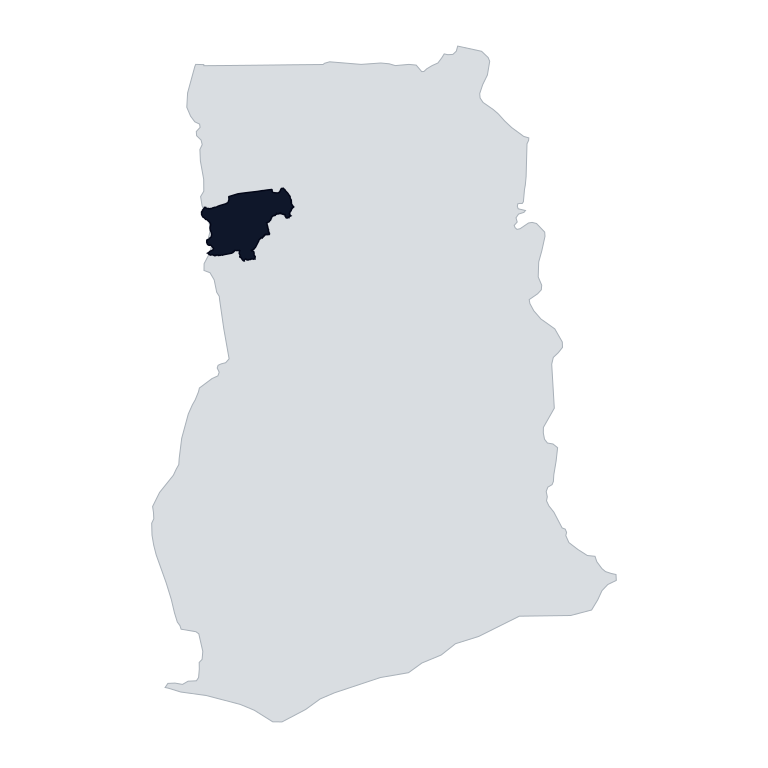 Sawla-tuna-kalba, Northern, Ghana shown in context
{"feature_id": "2480657B66384530229883", "entity_name": "Sawla-tuna-kalba", "entity_type": "district", "adm_level": 2, "iso_a3": "GHA", "parent_name": "Ghana", "parent_adm1": "Northern", "projection": "orthographic", "projection_center": [-2.328, 9.481], "detail": "fine", "context": "in_parent", "style": "filled", "palette": "ink", "viewbox_px": 768, "rotation_deg": 0, "n_neighbors": 0, "source": "geoboundaries", "source_scale": "gbopen_adm2", "svg_char_len": 8270}
<svg xmlns="http://www.w3.org/2000/svg" viewBox="0 0 768 768"><path d="M481.6,51.3L488.2,57.6L489.7,61.3L487.4,75.0L482.7,84.6L479.7,93.6L480.1,98.0L483.1,102.5L493.2,109.5L498.4,114.0L504.6,120.9L511.7,127.6L523.7,136.4L528.8,137.9L528.6,140.4L527.0,143.8L526.1,176.7L525.3,185.1L524.5,189.4L523.4,201.7L522.2,203.5L519.9,203.4L517.8,203.8L517.3,206.3L518.2,208.8L525.5,210.5L523.9,212.4L518.5,214.1L516.0,217.8L517.2,222.0L514.2,225.4L515.1,227.7L517.0,229.4L520.1,228.7L528.5,223.0L532.1,222.4L536.5,223.5L544.7,232.1L545.0,236.3L541.8,250.8L538.7,262.0L538.2,276.9L541.7,285.2L541.3,289.8L537.6,293.8L529.2,299.6L529.9,303.6L533.8,310.8L540.9,319.0L554.8,328.9L562.3,342.0L562.5,347.4L558.2,352.8L553.3,357.4L551.7,364.2L554.3,408.2L543.4,427.4L543.3,432.9L544.5,439.2L547.4,443.0L553.0,444.0L557.6,447.7L556.1,461.1L553.8,474.8L553.4,481.4L552.1,484.6L547.8,487.2L546.2,491.5L547.3,496.8L546.5,500.8L548.9,505.9L553.9,512.2L562.1,527.9L565.2,529.1L566.6,532.4L565.8,535.6L568.9,542.6L577.9,549.5L587.3,555.5L595.0,556.3L596.8,561.7L601.9,568.6L605.5,571.6L611.3,573.5L616.0,574.5L616.3,580.4L607.8,584.5L602.0,590.6L597.7,599.9L591.6,610.0L570.6,615.5L562.5,615.6L519.3,616.2L478.8,636.4L455.5,643.7L441.2,655.0L421.9,663.0L408.5,672.7L380.5,677.5L334.5,692.8L320.2,698.9L305.6,709.5L282.0,721.9L272.7,721.8L254.2,710.2L240.2,704.4L206.2,695.5L180.7,692.0L168.4,688.2L165.1,687.5L167.9,683.4L175.0,683.1L182.5,684.4L188.1,681.2L196.4,680.8L198.6,677.5L199.3,669.1L199.2,662.4L202.1,659.4L202.8,651.4L198.8,633.8L195.9,631.7L181.1,629.2L180.0,625.7L177.3,622.0L174.5,612.9L171.3,599.4L166.1,582.6L156.2,554.9L153.7,545.1L152.0,535.1L151.7,523.2L153.8,518.8L153.5,512.6L152.6,506.5L159.6,492.4L173.4,475.2L176.3,469.0L178.8,464.6L179.2,458.4L181.7,438.3L188.3,414.0L192.4,404.8L195.2,399.9L198.5,391.8L199.4,388.0L212.1,378.5L217.9,375.9L219.2,372.2L217.2,368.0L218.1,365.3L221.1,363.9L225.7,362.7L229.1,358.8L223.8,328.8L219.5,298.9L219.3,296.4L216.7,292.2L214.2,279.9L210.0,272.7L204.0,270.5L204.1,263.7L210.1,252.2L211.6,245.5L208.8,243.5L208.4,238.2L210.4,229.8L209.4,224.5L208.3,219.0L202.1,205.9L200.6,196.6L203.8,191.2L203.7,179.3L200.4,161.0L199.9,149.5L202.2,144.6L201.1,140.1L196.6,135.7L196.3,131.5L200.1,127.4L199.6,124.1L194.8,121.8L190.6,116.2L186.8,107.3L187.6,92.9L194.8,66.6L195.7,64.4L203.8,64.6L203.8,65.7L228.9,65.5L257.6,65.2L292.0,64.8L323.1,64.5L324.5,63.3L329.6,61.8L361.1,64.4L380.8,63.0L389.2,63.8L395.3,65.6L408.9,64.4L416.2,65.1L421.7,71.6L423.9,71.5L426.9,68.7L432.3,65.5L437.9,63.0L441.8,57.8L444.2,53.9L447.8,54.7L452.9,54.4L456.3,51.2L457.7,46.1L481.6,51.3Z" fill="#d9dde1" stroke="#a8b0b8" stroke-width="1"/><path d="M238.0,193.8L228.9,196.6L228.8,197.0L229.0,199.3L228.9,199.7L228.2,202.1L227.6,202.9L226.5,203.3L225.8,203.8L219.4,205.7L217.4,206.5L216.5,207.1L215.8,207.2L215.5,207.4L214.9,207.3L214.4,207.5L214.2,207.4L213.1,207.9L212.6,207.9L211.9,208.4L211.3,208.5L211.0,208.7L210.8,208.7L210.5,208.5L210.1,208.6L209.9,208.7L209.3,208.7L209.2,208.8L208.8,208.8L208.7,208.6L208.3,208.4L207.9,208.4L207.0,208.6L206.2,208.3L206.0,207.9L205.8,207.9L205.7,207.4L205.3,207.4L205.3,207.5L205.0,207.4L204.9,207.5L204.7,207.6L204.4,207.5L204.1,208.6L203.6,208.8L203.3,209.4L202.5,210.1L202.4,210.4L202.5,210.8L202.3,211.3L201.6,211.8L201.5,212.1L201.6,212.9L201.6,213.8L201.7,214.2L201.6,214.4L201.6,214.6L202.7,216.7L203.2,217.3L204.1,217.6L205.7,219.4L206.7,219.6L207.5,220.0L208.1,220.9L208.9,221.4L209.6,222.1L210.6,224.0L210.6,225.2L210.1,227.1L210.0,228.1L210.3,230.2L210.6,231.0L211.1,231.7L211.5,233.3L211.7,234.6L211.5,235.6L211.3,236.5L210.9,237.2L210.4,237.7L209.5,238.2L209.2,238.9L208.6,239.5L207.8,239.5L206.9,240.0L206.7,241.0L206.8,241.5L206.7,242.3L207.1,243.0L207.1,243.6L207.8,244.6L208.4,245.0L208.8,245.2L209.7,245.3L209.9,245.3L210.3,245.0L210.5,245.0L211.4,245.7L213.5,248.3L212.9,250.0L209.8,251.4L209.5,251.6L209.4,252.1L207.7,253.1L208.2,253.3L208.5,254.0L209.1,254.2L209.6,254.7L210.0,254.9L210.4,254.9L210.6,255.1L211.7,254.8L212.1,254.5L212.3,254.7L212.5,254.7L212.7,254.9L213.4,254.9L213.6,255.2L213.9,255.2L214.2,255.5L214.4,255.5L214.6,255.7L215.6,255.6L215.9,255.4L216.0,255.2L216.1,255.3L216.3,255.1L216.8,255.1L217.5,254.9L217.8,255.0L218.1,255.4L218.3,255.3L218.6,255.5L218.8,255.5L219.0,255.2L219.3,255.2L220.0,255.4L221.5,254.9L222.5,255.2L223.4,254.8L224.8,254.5L231.6,253.2L233.0,252.5L232.9,252.3L232.8,252.0L232.9,251.9L233.6,251.4L234.1,251.5L234.6,250.5L234.8,250.4L235.6,250.4L236.0,250.6L237.2,250.5L238.7,250.6L239.5,250.4L239.8,250.6L239.6,251.2L239.2,253.2L239.3,253.7L240.1,254.9L240.2,255.3L239.7,256.5L239.8,257.0L240.0,257.2L240.4,257.4L241.1,257.5L241.5,258.4L242.4,259.7L243.1,260.5L243.8,260.9L244.2,260.9L244.1,260.6L244.6,259.8L245.4,259.0L245.8,259.1L246.0,259.1L246.7,259.8L247.3,260.0L247.5,259.9L248.2,259.9L248.2,259.7L248.5,259.8L248.6,259.6L249.3,259.6L249.8,259.4L250.1,259.4L250.4,259.2L250.7,259.2L250.7,259.3L250.9,259.2L251.4,259.1L251.8,259.0L251.9,258.8L252.1,258.9L252.4,258.9L252.8,258.9L253.0,259.1L253.3,259.0L253.7,259.2L253.9,259.0L254.4,258.8L254.7,259.0L255.0,259.0L254.8,257.7L255.0,257.6L254.9,257.3L255.1,257.1L255.1,256.9L255.2,256.7L255.1,256.3L254.5,255.9L254.2,255.0L254.0,254.9L253.9,254.0L254.1,253.3L254.0,253.1L254.0,252.9L253.9,252.8L253.9,252.2L253.8,251.8L252.8,251.1L252.0,251.0L251.4,250.4L251.8,250.1L252.8,249.8L252.9,249.6L253.3,249.5L253.5,249.2L253.8,249.2L253.8,248.8L254.2,248.6L254.3,248.5L254.5,248.3L254.6,247.9L255.3,247.6L258.8,240.8L259.0,239.9L259.2,239.6L259.5,239.4L259.9,238.9L260.4,238.7L260.6,238.5L260.8,238.5L260.9,238.4L260.9,237.9L261.0,237.6L261.3,237.6L261.6,237.7L261.8,237.6L262.2,237.8L262.2,237.6L262.4,237.6L262.5,237.4L263.0,237.2L263.4,236.6L263.4,236.3L263.7,235.9L263.9,235.9L263.8,235.7L264.2,235.4L264.2,235.2L264.6,234.8L264.8,234.9L265.0,234.7L265.2,234.9L265.4,234.7L265.4,234.8L266.0,234.4L266.4,234.6L266.6,234.5L266.8,234.6L266.9,234.4L267.2,234.5L267.5,234.4L267.8,234.6L268.1,234.5L268.7,234.5L269.0,234.6L269.3,234.4L269.5,234.0L269.5,233.7L269.4,233.2L269.0,232.8L269.0,232.7L268.9,232.7L268.6,232.5L268.6,232.3L268.8,232.1L268.8,231.9L268.6,231.8L268.5,231.4L268.2,231.1L268.2,230.8L268.3,230.7L268.6,230.1L268.6,229.9L268.5,229.7L268.3,229.3L268.1,228.8L268.1,228.6L267.8,228.3L267.9,228.0L267.7,227.8L267.8,227.6L267.5,227.3L267.7,226.3L267.2,225.2L266.9,223.2L266.6,222.7L267.6,222.4L269.2,221.7L269.4,221.3L269.5,220.9L269.8,220.6L270.0,220.6L270.5,220.2L270.7,219.4L270.9,219.3L270.9,218.9L271.1,218.5L271.1,218.2L271.5,218.0L272.0,216.6L272.4,216.2L272.6,216.2L272.6,215.9L272.8,215.8L273.5,215.6L273.8,215.7L274.6,215.5L274.7,215.3L275.0,215.3L275.1,215.1L275.3,215.2L275.6,214.6L276.2,214.3L276.4,214.3L276.5,214.2L276.9,214.1L277.0,213.9L277.4,213.9L277.3,213.7L277.7,213.9L278.2,214.0L278.7,213.5L279.0,213.5L279.5,213.4L279.9,213.7L280.1,213.4L280.3,213.3L280.3,213.1L280.5,213.2L280.8,212.9L281.2,213.6L282.2,214.1L282.6,214.2L283.3,214.1L284.0,214.7L285.0,214.5L285.3,215.0L285.1,215.7L285.2,216.3L285.7,216.8L286.0,217.6L286.3,217.9L286.6,217.8L287.2,218.0L287.4,217.6L287.8,217.4L288.8,217.7L289.0,217.7L289.2,216.8L289.4,216.4L289.8,216.4L290.1,216.2L290.9,215.8L290.5,215.5L290.4,215.6L290.3,215.4L289.8,214.9L289.9,214.6L289.9,214.2L289.4,213.9L289.6,213.6L289.4,213.3L290.0,212.2L289.9,212.1L289.9,211.9L290.6,211.2L290.9,211.0L291.2,210.5L291.2,210.2L291.4,209.7L291.6,209.3L291.8,209.0L291.6,208.6L292.2,208.3L292.1,207.9L292.3,207.8L292.5,207.7L292.6,208.0L292.7,207.9L292.8,207.4L293.3,207.2L293.6,207.2L293.7,206.8L293.0,206.2L292.4,205.3L292.2,205.3L292.2,205.2L291.9,204.4L291.6,204.2L291.6,203.9L291.4,203.7L291.2,202.9L291.0,202.7L291.4,202.2L291.1,202.0L291.1,201.8L291.1,201.7L291.3,201.5L291.2,201.1L291.3,200.7L291.3,200.4L291.1,200.3L291.2,200.0L291.0,199.8L291.0,199.6L290.7,199.3L290.5,199.0L290.5,198.7L290.1,197.8L290.1,196.6L289.7,195.9L288.7,194.7L288.5,194.3L287.7,193.1L285.4,190.7L284.9,189.7L284.3,189.3L283.2,188.2L282.7,188.4L281.7,188.4L281.4,188.5L280.9,189.3L279.9,191.5L279.5,192.1L279.2,192.2L279.2,192.4L278.8,192.7L277.4,193.0L276.3,192.9L275.7,192.8L275.3,192.9L272.8,192.4L272.3,192.0L272.0,189.7L271.7,189.5L267.2,190.0L263.3,190.6L262.4,190.6L257.7,191.4L245.6,192.8L238.0,193.8Z" fill="#0f172a" stroke="#020617" stroke-width="1.5"/></svg>